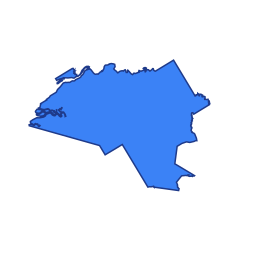 the district of Middle Fly District, Western, Papua New Guinea, rotated 149°
{"feature_id": "67681753B64880686677125", "entity_name": "Middle Fly District", "entity_type": "district", "adm_level": 2, "iso_a3": "PNG", "parent_name": "Papua New Guinea", "parent_adm1": "Western", "projection": "mercator", "projection_center": [142.595, -7.022], "detail": "fine", "context": "isolated", "style": "filled", "palette": "blue", "viewbox_px": 256, "rotation_deg": 149, "n_neighbors": 0, "source": "geoboundaries", "source_scale": "gbopen_adm2", "svg_char_len": 5977}
<svg xmlns="http://www.w3.org/2000/svg" viewBox="0 0 256 256"><g transform="rotate(149 128 128)"><path d="M161.4,116.8L141.4,116.8L141.4,67.1L139.8,66.6L138.4,65.6L137.8,65.5L136.9,65.1L136.6,64.5L136.0,64.7L136.0,63.5L135.8,63.6L116.8,48.3L115.5,49.7L115.8,50.3L115.7,51.2L116.1,51.5L116.0,51.8L115.5,52.6L115.4,53.2L114.9,53.5L114.4,56.6L106.7,59.4L102.7,57.5L101.9,56.7L101.1,57.0L100.0,56.5L100.8,55.6L100.1,54.8L97.8,53.9L98.0,53.6L97.7,53.3L97.1,53.7L96.7,53.5L96.2,52.8L95.5,52.9L106.3,73.2L95.3,87.0L89.7,87.0L85.0,86.0L82.5,83.8L78.4,82.5L76.5,82.3L75.5,81.7L74.6,84.1L73.9,88.4L74.1,89.4L75.4,91.3L75.0,91.5L75.3,93.2L74.6,93.9L74.5,94.3L73.2,95.1L73.5,95.5L73.1,96.0L73.3,96.2L73.1,96.5L73.2,97.5L72.5,98.3L72.3,98.0L71.7,98.5L71.8,98.7L71.1,99.1L71.0,99.4L71.2,99.9L70.8,100.0L70.6,100.3L70.2,100.3L69.9,101.0L69.6,101.0L69.7,101.3L68.8,101.6L68.7,101.9L69.0,102.1L68.2,102.5L68.4,102.6L68.2,103.1L67.7,103.1L67.9,103.6L67.6,103.8L67.7,104.2L67.3,104.4L67.3,105.6L66.9,105.5L66.6,106.0L66.6,107.0L66.1,107.7L65.5,108.1L64.5,107.7L64.7,106.3L64.5,106.0L46.1,106.1L45.1,107.1L45.2,107.4L46.0,107.5L45.3,108.1L45.7,108.9L45.4,109.2L44.6,109.0L44.5,109.3L44.9,110.4L44.6,111.4L46.3,112.1L47.0,112.9L47.5,113.1L47.2,113.7L46.4,114.0L46.3,114.6L45.9,115.2L46.9,116.4L47.7,116.1L48.4,116.7L47.9,117.7L47.4,117.7L47.2,117.9L48.0,118.9L48.1,119.5L49.6,119.7L50.2,118.9L50.4,118.9L50.4,119.4L49.7,120.6L50.2,121.1L50.4,121.8L51.2,120.7L52.5,121.4L52.8,121.3L53.0,120.8L54.0,120.9L54.0,162.7L75.3,162.6L75.9,163.4L76.2,164.3L75.8,165.8L76.0,166.1L76.3,166.2L77.7,165.7L79.9,165.5L80.5,167.4L81.1,167.9L82.0,168.2L82.8,168.3L83.6,167.3L84.1,167.2L84.3,167.3L83.8,168.8L83.4,169.1L81.8,169.4L81.4,169.8L81.8,170.7L82.7,171.2L83.2,171.4L84.2,171.2L84.0,170.7L82.8,170.4L83.2,169.3L83.6,169.3L87.7,170.0L88.9,171.6L89.6,171.1L89.4,170.6L89.6,170.1L93.5,170.9L94.0,171.1L94.5,171.9L94.9,172.0L96.5,171.4L97.3,172.5L98.3,177.5L98.5,177.8L98.8,177.7L99.2,176.6L100.0,176.0L100.9,176.5L100.4,179.3L101.2,179.5L102.6,179.2L103.4,180.0L104.6,180.5L106.0,180.8L108.2,180.5L108.5,180.7L108.7,182.5L109.6,184.8L109.7,186.0L107.5,187.2L106.6,189.4L107.5,190.5L109.2,191.9L111.0,192.5L111.5,192.5L111.5,192.3L113.0,192.5L114.9,193.5L115.4,193.5L116.7,192.9L118.2,191.2L120.4,189.9L121.1,189.8L123.0,190.3L123.9,189.9L124.7,189.9L125.8,189.5L126.2,189.7L126.6,190.3L127.3,190.4L128.2,190.8L128.9,191.7L129.3,193.1L129.7,196.9L130.2,197.9L131.3,198.7L135.1,199.4L138.8,197.2L139.9,196.9L140.9,196.9L142.1,196.1L143.5,195.9L148.3,196.4L148.6,196.1L149.4,196.0L150.2,196.2L151.5,197.1L154.5,197.1L155.5,197.8L157.4,198.7L157.8,199.2L159.8,199.8L160.6,199.8L164.8,198.2L168.5,197.3L171.1,195.6L178.0,195.6L179.6,194.8L183.2,194.5L183.2,193.9L190.3,193.9L190.3,193.5L190.6,193.5L192.7,191.1L194.5,191.2L194.3,190.4L193.3,189.8L191.5,187.9L190.2,186.9L186.7,185.8L186.2,185.1L185.5,182.8L183.9,182.5L183.3,181.6L182.4,180.9L182.5,180.3L183.1,180.3L183.2,179.9L183.0,179.5L182.1,179.0L182.0,177.7L181.8,177.5L180.9,177.5L181.0,179.2L180.0,180.3L179.8,181.1L179.9,180.3L180.8,179.0L180.7,177.0L180.1,175.8L180.0,173.3L179.5,172.7L179.2,172.8L179.1,173.8L178.5,174.8L177.9,175.1L177.0,175.1L177.1,175.4L176.6,175.6L177.9,176.8L178.4,179.3L177.7,179.4L177.2,179.1L176.6,179.6L176.2,179.6L175.9,179.2L176.3,178.5L175.9,178.3L175.6,178.8L174.9,178.8L174.5,179.5L174.2,179.5L174.1,179.3L174.2,178.7L174.2,179.3L174.4,179.5L174.8,178.8L175.5,178.7L176.0,178.2L176.3,178.6L176.1,179.2L176.2,179.5L176.6,179.5L177.1,179.0L178.0,179.3L178.3,179.1L177.7,177.0L176.5,175.8L176.5,175.6L176.9,175.4L176.9,175.2L175.7,175.3L175.0,174.8L174.8,172.1L175.3,170.1L175.8,170.2L175.6,170.4L175.7,170.8L175.2,172.3L175.3,174.7L177.9,174.7L178.5,173.8L178.4,172.8L178.6,172.3L179.2,172.1L180.0,172.2L180.7,173.5L181.1,176.2L182.5,176.6L184.1,176.1L185.0,176.5L186.1,178.0L186.5,180.4L187.1,181.0L187.8,181.3L191.0,181.8L191.9,181.4L192.5,180.9L194.7,180.8L198.4,182.2L201.0,183.8L205.3,184.1L208.3,183.9L208.7,183.3L208.8,182.1L208.0,181.0L207.3,179.3L205.1,179.5L204.3,178.5L203.4,178.0L203.3,177.4L203.7,176.5L203.5,175.3L202.9,175.3L202.3,175.7L202.2,175.3L203.3,175.0L203.6,175.2L203.9,175.9L203.6,177.7L204.5,178.1L205.3,179.1L206.8,178.6L207.4,178.8L209.0,180.9L209.5,181.3L211.0,181.8L211.5,180.8L161.4,127.6L161.4,116.8ZM164.6,205.6L161.4,205.2L158.8,204.4L157.4,204.3L153.6,201.8L150.2,200.2L149.2,199.0L148.3,198.5L146.7,198.7L145.0,199.3L144.4,200.3L145.4,201.1L145.3,201.6L145.8,201.5L145.9,202.0L145.6,201.8L145.5,202.1L145.8,202.5L145.6,202.6L146.1,202.9L145.9,203.1L145.7,202.9L145.5,203.3L145.6,203.5L145.3,203.8L145.3,203.6L144.9,203.2L144.8,203.3L145.2,203.6L144.9,203.7L145.2,204.2L144.3,204.3L144.6,204.5L144.0,205.2L144.3,205.1L144.2,205.6L144.6,205.9L144.3,207.3L145.1,207.7L164.6,207.6L164.6,205.6ZM186.9,182.3L185.3,180.7L184.6,177.6L183.5,177.4L182.3,177.6L182.2,178.9L183.0,179.3L183.4,180.0L183.3,180.3L182.6,180.8L183.5,181.5L184.0,182.3L185.5,182.4L185.8,182.6L186.2,183.4L186.6,185.2L188.3,185.9L189.6,186.2L192.0,187.4L192.4,187.3L191.1,185.5L190.3,183.4L186.9,182.3ZM199.3,185.3L197.0,183.2L194.6,182.2L193.2,182.0L192.3,182.5L190.6,182.8L192.5,185.7L193.7,185.8L196.7,185.5L199.3,186.9L199.7,186.5L199.3,185.3ZM196.7,186.4L195.8,186.2L193.0,186.7L192.8,186.9L192.8,187.9L193.2,188.6L196.3,190.9L198.7,190.0L199.0,189.4L198.9,188.3L196.7,186.4ZM146.2,198.7L144.0,198.1L141.4,198.4L137.8,199.7L135.5,201.2L134.1,201.6L131.6,201.4L129.4,199.8L130.1,201.2L131.9,202.2L133.7,202.2L135.4,201.8L136.6,201.3L137.5,201.2L140.4,199.2L142.0,198.5L144.2,198.4L146.2,198.7ZM165.8,202.4L165.0,202.1L162.1,202.5L159.9,202.4L159.6,202.6L159.7,203.0L160.2,203.3L162.0,203.8L165.0,203.4L165.7,203.0L165.8,202.4ZM132.7,199.7L130.8,199.4L131.1,199.8L131.9,200.0L132.7,199.7ZM121.2,190.6L121.8,190.3L120.9,190.0L120.4,190.5L121.2,190.6ZM157.2,203.2L157.6,203.1L156.8,202.8L157.2,203.2ZM191.0,184.8L191.0,184.4L190.8,184.0L190.8,184.3L191.0,184.8Z" fill="#3b82f6" stroke="#1e3a8a" stroke-width="1.5"/></g></svg>